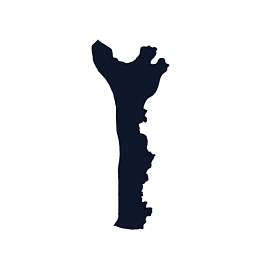 Lvea Aem, Kândal, Cambodia (Natural Earth projection), rotated 50°
{"feature_id": "14789045B58645721856410", "entity_name": "Lvea Aem", "entity_type": "district", "adm_level": 2, "iso_a3": "KHM", "parent_name": "Cambodia", "parent_adm1": "Kândal", "projection": "natural_earth1", "projection_center": [105.137, 11.518], "detail": "fine", "context": "isolated", "style": "filled", "palette": "ink", "viewbox_px": 256, "rotation_deg": 50, "n_neighbors": 0, "source": "geoboundaries", "source_scale": "gbopen_adm2", "svg_char_len": 5850}
<svg xmlns="http://www.w3.org/2000/svg" viewBox="0 0 256 256"><g transform="rotate(50 128 128)"><path d="M193.8,200.6L194.5,199.9L195.8,199.1L197.0,198.6L198.3,197.9L200.0,196.7L201.6,195.5L206.1,191.3L207.4,190.3L208.2,189.4L208.8,188.5L209.8,187.1L210.7,186.0L211.5,184.8L212.1,183.4L212.9,182.5L213.5,182.0L214.2,181.4L214.1,180.9L212.5,179.8L212.0,179.3L211.6,178.5L211.3,177.4L211.3,175.3L211.2,174.8L210.6,174.4L209.8,174.2L209.0,173.9L208.5,173.4L207.5,171.8L207.1,171.0L207.1,170.3L207.5,169.1L208.4,168.2L209.0,167.4L209.1,166.9L208.4,166.3L208.1,165.7L207.7,164.7L207.5,164.2L207.1,163.7L206.9,163.5L206.4,163.4L205.7,163.0L205.2,162.0L204.8,161.7L204.5,161.9L204.1,162.1L203.7,162.5L202.8,163.6L202.3,164.2L202.1,164.6L201.6,165.2L201.3,165.7L201.2,166.4L201.0,167.0L200.7,166.8L200.3,166.3L199.7,165.7L199.3,165.2L198.1,164.1L197.6,163.3L197.6,162.6L197.4,162.2L197.2,161.8L196.7,161.7L196.2,162.0L195.7,162.7L195.6,163.5L195.3,164.1L194.2,164.9L193.9,165.4L193.7,165.8L193.4,165.7L192.4,164.9L192.0,164.5L191.5,164.1L191.1,163.4L190.9,163.1L190.3,162.9L189.2,163.2L188.9,163.2L188.6,162.8L188.4,162.2L188.5,161.7L188.8,160.6L188.8,160.3L188.6,160.0L188.1,159.9L187.6,160.0L187.3,159.9L186.8,158.8L186.3,158.7L186.1,158.9L185.6,159.3L185.1,159.6L184.8,159.6L184.5,159.2L184.0,157.6L183.8,156.9L183.5,156.5L182.3,155.0L181.8,154.5L180.4,153.9L179.7,153.3L179.6,152.8L179.7,152.4L180.3,151.4L180.3,150.9L180.3,150.5L179.8,149.4L179.8,148.8L180.2,147.5L180.2,147.0L180.3,146.6L180.0,146.0L179.6,145.6L179.1,145.3L178.5,144.9L177.8,144.6L176.6,143.9L176.0,143.6L175.4,143.5L175.1,143.6L174.5,144.7L174.0,145.1L173.6,145.1L173.3,144.8L173.1,144.4L173.3,143.7L173.2,143.3L173.1,142.8L172.7,141.7L172.2,140.8L171.8,139.4L171.8,138.8L171.9,138.2L172.0,137.4L172.2,137.0L172.4,136.2L171.9,135.3L171.1,134.4L170.5,133.9L169.4,133.5L169.1,133.1L168.0,130.9L167.7,130.0L167.1,127.8L166.7,127.2L166.2,126.8L165.9,126.4L165.8,126.1L166.0,125.2L165.7,125.1L165.4,125.4L164.7,126.5L163.5,126.9L162.7,126.9L161.8,126.8L161.3,126.7L160.8,126.7L160.4,127.7L159.9,128.1L159.3,128.2L158.8,128.0L158.5,127.9L156.1,127.5L155.4,127.2L154.7,126.9L153.9,126.0L152.7,124.3L151.8,123.3L150.6,122.2L149.9,121.6L148.7,121.1L147.4,120.6L146.5,119.9L145.5,119.8L143.6,120.3L142.3,120.9L141.7,121.5L141.3,121.8L140.3,122.7L139.6,122.8L138.8,122.5L138.4,122.0L137.9,121.6L137.1,121.5L136.6,121.6L136.0,121.5L135.9,120.7L135.8,120.1L135.0,119.6L134.3,119.3L133.2,118.9L132.5,118.6L131.5,117.9L131.3,117.0L131.2,116.6L131.6,115.4L132.0,114.2L132.3,113.4L132.3,113.0L132.0,112.1L132.0,111.3L132.4,110.9L133.0,110.8L134.1,110.9L134.4,110.7L134.5,110.1L134.1,109.3L133.2,108.5L132.2,107.8L131.3,107.7L130.3,108.2L129.5,108.2L129.1,107.9L128.3,107.0L127.6,105.3L127.2,104.0L126.6,102.7L126.0,103.0L126.1,103.5L126.0,104.2L125.7,104.2L125.3,103.8L125.0,103.6L124.5,103.8L123.9,103.9L123.4,104.3L123.3,104.8L122.9,104.7L122.1,103.7L121.5,103.0L121.1,102.7L120.2,101.4L119.0,99.1L118.0,96.7L117.5,94.8L117.6,92.1L118.0,90.2L118.3,87.9L118.1,86.0L117.8,85.1L117.6,83.7L117.2,82.7L116.6,81.3L115.3,79.1L114.5,77.9L113.3,76.1L112.2,74.5L111.1,73.1L110.2,71.7L109.5,70.5L109.0,69.3L108.3,66.5L108.3,65.1L108.5,63.2L108.5,62.1L108.2,61.1L107.6,60.5L106.4,59.7L106.2,58.6L106.3,58.1L106.2,57.3L106.0,56.6L105.7,56.5L105.1,56.7L104.3,57.5L103.5,57.8L102.5,57.9L100.9,57.6L99.8,56.8L98.8,56.4L98.2,56.4L97.5,56.7L96.6,57.5L96.0,58.3L95.8,59.2L95.8,59.6L95.9,60.6L96.6,62.1L97.2,63.7L97.4,64.9L97.1,66.0L96.6,67.0L95.7,68.4L94.8,69.4L94.2,69.7L93.2,70.1L92.1,69.4L90.9,67.9L90.3,66.3L90.2,64.6L90.1,64.1L89.8,61.8L89.3,60.2L88.9,59.3L88.2,58.5L87.6,58.3L86.6,58.3L86.2,58.0L86.3,57.4L86.3,56.5L86.0,55.6L85.7,55.4L85.0,55.5L84.7,55.5L84.3,55.7L83.7,56.0L83.3,56.5L83.2,56.9L82.9,57.5L82.8,57.8L82.9,58.1L82.1,58.3L81.6,58.6L81.3,59.1L80.8,59.4L80.1,59.3L79.6,59.0L79.2,59.1L78.7,59.8L78.6,60.5L78.7,61.2L78.6,61.7L76.8,63.2L76.2,64.0L75.5,65.1L75.3,65.8L75.6,66.8L76.4,67.9L77.6,69.1L78.1,69.7L78.9,70.6L79.0,70.9L79.5,71.4L79.8,71.9L80.1,73.4L80.4,75.1L80.4,75.9L80.6,76.8L80.9,77.2L81.0,77.5L81.1,78.1L80.8,79.3L80.8,80.0L81.1,80.5L81.2,81.1L80.7,81.9L80.0,83.7L79.4,85.4L78.3,87.4L77.5,88.5L76.5,89.0L75.1,89.5L74.1,90.1L72.8,91.3L71.7,92.2L70.5,92.8L69.3,92.6L68.4,92.4L67.8,92.4L67.2,92.6L66.8,92.8L66.3,93.4L65.3,94.2L64.5,95.1L64.0,94.8L63.4,94.2L62.3,93.7L60.5,92.3L59.1,91.7L58.1,91.0L57.3,90.7L55.9,90.8L54.0,91.3L52.5,91.9L51.2,92.2L49.6,92.7L48.4,93.1L47.0,93.7L46.4,93.9L44.7,94.2L43.9,94.5L42.7,94.8L41.8,94.8L42.2,101.0L42.3,101.9L42.6,102.7L42.8,103.0L43.2,103.5L43.6,103.8L44.5,104.4L45.8,105.4L46.9,106.2L48.9,107.4L50.1,108.0L51.4,108.7L52.8,110.0L54.6,110.9L57.0,111.8L59.3,112.3L63.5,113.0L65.0,113.4L65.9,113.5L66.6,113.5L67.1,113.4L68.0,113.4L68.9,113.3L69.7,113.2L70.4,113.1L71.1,113.2L76.0,113.0L77.2,113.2L78.3,113.3L79.6,113.5L81.9,113.8L84.7,114.4L86.9,115.1L89.2,115.8L89.8,115.9L90.7,116.2L91.5,116.4L93.8,117.3L94.3,117.6L95.2,118.2L98.0,119.6L99.8,120.4L102.0,121.8L104.2,122.8L105.5,123.8L107.1,125.1L112.7,129.9L122.8,137.7L125.4,139.2L126.8,139.9L127.8,140.2L128.2,140.4L128.6,140.8L129.3,141.1L130.7,141.8L132.8,143.0L135.1,144.5L136.1,145.3L137.5,146.1L138.3,146.8L139.0,147.4L140.1,148.3L140.9,148.8L141.7,149.5L143.1,150.5L144.5,151.9L145.3,152.6L146.8,154.2L147.8,155.2L148.5,155.9L149.2,156.8L149.8,157.6L150.6,158.4L151.6,159.6L152.2,160.2L153.2,161.1L153.6,161.7L154.4,162.3L155.5,163.1L156.6,164.2L157.6,164.8L159.0,165.9L160.2,166.9L161.6,167.9L162.8,168.8L165.6,171.3L166.7,172.1L168.1,173.4L169.4,174.4L170.5,175.3L171.5,176.2L172.9,177.5L174.7,178.8L176.7,180.5L178.5,182.0L180.2,183.4L182.6,185.4L184.1,186.7L184.9,187.3L185.8,188.2L186.6,188.8L187.1,189.3L188.0,190.2L188.9,190.9L189.6,191.1L190.3,192.0L191.2,193.1L192.0,194.4L192.6,195.8L193.0,197.4L193.6,199.6L193.8,200.6Z" fill="#0f172a" stroke="#020617" stroke-width="1.5"/></g></svg>